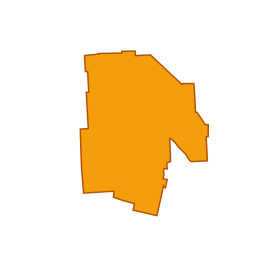 San Vicente, Buenos Aires, Argentina, rotated 134°
{"feature_id": "61730980B97946268235834", "entity_name": "San Vicente", "entity_type": "district", "adm_level": 2, "iso_a3": "ARG", "parent_name": "Argentina", "parent_adm1": "Buenos Aires", "projection": "mercator", "projection_center": [-58.438, -35.081], "detail": "fine", "context": "isolated", "style": "filled", "palette": "amber", "viewbox_px": 256, "rotation_deg": 134, "n_neighbors": 0, "source": "geoboundaries", "source_scale": "gbopen_adm2", "svg_char_len": 1014}
<svg xmlns="http://www.w3.org/2000/svg" viewBox="0 0 256 256"><g transform="rotate(134 128 128)"><path d="M117.0,197.8L115.5,196.2L124.6,186.4L129.5,181.1L131.3,182.8L142.3,170.9L152.0,160.5L156.0,156.1L161.9,161.6L177.9,145.2L189.3,133.3L205.7,114.7L201.1,110.6L193.7,103.8L183.2,94.2L187.9,90.4L183.5,81.0L177.9,70.8L183.6,67.3L177.3,56.9L171.2,46.8L171.0,46.4L163.0,51.2L145.6,61.8L145.0,62.3L145.3,60.6L145.1,59.6L137.9,63.9L140.0,67.6L136.1,70.0L134.9,72.1L132.1,73.8L130.2,71.3L126.1,75.9L122.6,74.0L114.6,82.3L106.4,90.9L106.1,90.8L105.7,84.7L105.8,83.7L105.9,82.9L106.6,78.8L106.7,78.2L106.7,69.4L106.8,68.9L108.5,61.3L108.6,60.6L108.5,60.1L108.2,59.6L108.0,59.0L107.6,58.5L103.6,54.7L96.5,48.1L87.4,57.8L80.0,65.7L78.6,64.3L69.8,72.6L71.9,74.9L68.8,89.0L68.8,89.3L69.9,90.2L55.7,105.4L50.3,111.5L58.1,119.5L59.2,119.5L59.6,138.6L59.7,150.3L59.8,162.5L70.9,173.1L67.6,176.1L77.1,185.7L78.4,184.5L94.7,200.8L95.0,200.3L106.1,209.6L117.0,197.8Z" fill="#f59e0b" stroke="#b45309" stroke-width="1.5"/></g></svg>